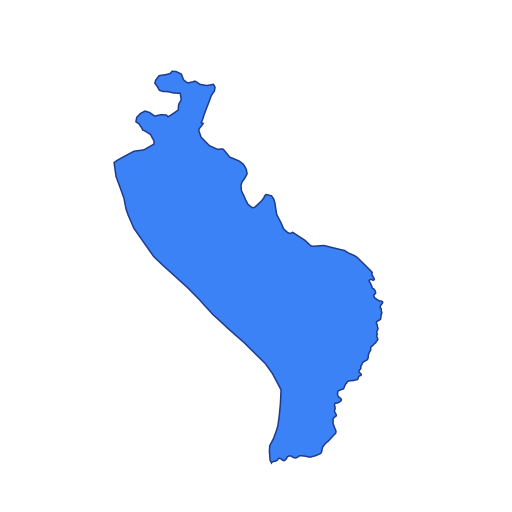 outline of Al Ja'fariyyah, Al Hudaydah, Yemen, rotated 332°
{"feature_id": "15242507B92628059498332", "entity_name": "Al Ja'fariyyah", "entity_type": "district", "adm_level": 2, "iso_a3": "YEM", "parent_name": "Yemen", "parent_adm1": "Al Hudaydah", "projection": "albers", "projection_center": [43.593, 14.518], "detail": "fine", "context": "isolated", "style": "filled", "palette": "blue", "viewbox_px": 512, "rotation_deg": 332, "n_neighbors": 0, "source": "geoboundaries", "source_scale": "gbopen_adm2", "svg_char_len": 6070}
<svg xmlns="http://www.w3.org/2000/svg" viewBox="0 0 512 512"><g transform="rotate(332 256 256)"><path d="M172.5,446.0L173.1,445.6L175.1,445.6L176.8,446.3L178.9,446.3L180.2,445.6L181.3,445.4L182.1,445.8L182.8,446.9L183.6,448.9L184.6,449.9L186.1,449.8L187.2,449.5L188.1,449.0L189.4,448.0L191.0,448.0L192.7,448.8L193.6,450.0L194.4,451.4L195.5,452.5L196.6,453.1L198.6,453.0L200.7,452.9L202.2,453.6L204.4,455.1L206.2,456.4L208.2,458.3L210.1,459.3L212.4,459.7L214.8,460.3L217.4,460.5L219.3,460.7L220.7,460.6L222.2,459.5L223.7,457.6L225.1,456.1L228.0,454.6L231.3,453.6L232.6,453.5L239.6,451.0L243.0,449.9L243.3,449.6L243.8,449.2L244.0,448.9L244.5,447.8L244.8,444.2L245.2,441.8L245.3,440.5L245.6,439.5L246.3,438.6L246.6,438.0L246.7,437.4L247.7,436.1L248.7,435.4L250.3,435.1L251.6,434.9L252.1,434.5L252.3,433.9L252.3,432.8L252.3,431.5L252.3,430.5L252.6,429.5L253.3,428.8L254.2,428.0L254.9,426.3L255.4,424.5L255.7,423.8L256.2,423.4L257.1,423.3L258.8,424.0L259.7,424.1L260.7,424.1L262.0,424.0L262.9,423.8L263.7,423.2L264.0,422.8L264.0,422.2L263.8,421.3L263.5,420.6L263.2,420.0L262.9,419.1L262.7,418.1L262.8,417.4L262.9,416.7L263.7,415.5L264.2,414.6L264.7,414.0L265.2,413.8L266.1,413.7L267.1,413.8L268.3,414.0L270.6,414.4L271.1,414.2L271.9,413.6L272.7,412.9L273.6,412.2L274.4,411.5L275.4,411.0L276.5,410.7L277.1,410.2L277.6,409.8L278.1,409.8L278.8,409.9L279.7,410.0L280.5,410.4L281.6,410.8L282.7,411.4L284.1,411.8L285.3,412.1L286.5,412.4L287.1,412.5L287.6,412.7L288.2,412.5L288.6,412.1L289.1,411.6L289.5,411.2L290.0,410.8L290.6,410.5L291.2,410.5L291.8,410.6L292.6,410.6L293.2,410.4L293.3,410.0L293.3,409.7L293.2,409.1L292.9,408.0L292.6,407.4L292.6,406.7L292.6,406.3L292.9,405.9L293.7,405.4L294.4,405.1L295.4,404.8L296.0,404.1L296.5,403.0L297.0,402.4L297.5,402.1L298.0,401.9L299.3,400.8L300.3,400.2L300.8,400.1L302.1,399.9L304.8,399.9L305.7,399.7L306.4,399.4L307.5,398.1L308.1,397.1L309.0,395.9L310.8,394.3L311.8,393.7L312.5,393.3L313.0,392.9L313.6,392.2L313.9,391.5L314.2,390.8L314.6,390.4L315.6,390.1L316.5,390.0L318.2,389.5L319.6,389.0L320.8,388.8L321.6,388.5L322.0,387.9L322.7,387.6L323.5,387.5L324.1,387.1L324.5,386.7L324.7,385.6L324.7,384.7L324.9,383.7L325.5,382.5L326.3,382.2L326.5,381.5L326.6,380.4L326.9,379.7L327.6,379.1L328.4,378.5L329.1,378.0L329.6,377.5L329.9,376.3L330.0,375.6L330.3,374.9L330.7,373.6L330.7,372.7L330.7,371.8L331.0,371.3L331.6,370.9L332.5,370.6L333.6,370.5L335.3,370.5L336.0,370.4L336.6,370.0L336.9,369.6L338.0,367.9L339.0,366.7L339.5,366.0L339.8,365.7L340.4,365.4L340.6,365.0L340.8,364.0L340.9,363.0L341.2,362.2L341.7,361.7L341.8,361.2L341.8,360.7L341.6,360.3L341.5,359.8L341.8,359.2L342.2,358.6L343.5,357.9L344.6,357.4L345.5,357.0L346.1,356.4L346.2,356.1L346.1,355.6L345.7,355.0L345.3,354.5L344.2,353.9L343.6,353.1L342.9,352.1L342.4,351.4L342.1,350.5L341.8,349.8L341.4,349.2L341.2,348.7L341.1,348.1L341.1,347.6L341.3,347.0L341.6,346.1L341.7,345.7L342.1,345.5L342.7,345.5L343.3,345.3L343.8,345.2L344.2,344.9L344.4,344.5L344.6,344.0L344.8,342.7L344.8,341.9L344.7,340.9L344.5,340.3L344.1,339.8L343.8,339.4L343.7,338.5L343.8,338.0L343.9,337.2L344.1,336.4L344.1,335.7L344.2,334.5L344.2,333.0L344.1,332.3L344.1,331.7L344.3,330.9L344.5,330.6L345.1,330.5L346.0,330.5L346.5,330.7L347.0,330.9L347.4,331.5L347.6,332.0L348.0,332.4L348.6,332.5L349.0,332.4L349.4,332.2L349.7,331.8L349.7,330.8L349.7,329.8L349.7,328.9L349.6,328.2L349.6,327.5L349.8,326.9L349.9,326.2L350.1,325.8L350.8,325.3L350.8,324.6L350.7,324.0L344.8,305.0L343.0,301.7L338.9,296.6L336.8,292.7L333.4,289.8L332.5,289.0L326.9,284.0L320.9,278.6L310.9,274.2L309.1,272.6L309.0,272.4L307.3,267.2L306.7,265.4L300.7,254.5L299.5,252.3L296.8,252.3L294.9,250.1L294.6,249.1L293.8,247.0L293.1,245.0L293.1,244.9L293.3,242.8L293.5,240.9L293.7,238.1L293.7,237.7L293.7,237.0L293.7,230.2L293.7,229.4L294.4,227.2L296.1,222.2L297.4,218.6L297.7,217.6L298.4,213.7L297.9,210.1L296.5,208.8L293.8,206.4L291.5,207.1L291.5,207.7L286.9,209.9L284.4,210.6L277.6,212.4L276.7,212.1L275.5,211.8L274.6,209.8L273.2,206.8L273.2,202.7L273.2,202.0L273.2,201.5L273.5,197.4L273.6,196.2L273.7,192.9L273.8,191.6L273.9,191.3L275.8,186.7L278.0,184.5L278.5,184.0L282.2,182.3L285.1,180.4L286.7,179.3L287.7,176.3L288.1,175.0L288.1,171.5L287.9,169.6L287.8,168.7L287.1,167.2L285.9,164.6L285.3,163.7L281.1,158.5L279.3,156.5L278.9,154.6L278.2,151.1L277.3,146.6L276.3,145.5L272.1,143.8L268.8,139.5L266.7,136.8L263.3,125.4L264.3,118.7L265.5,117.0L270.5,114.8L271.2,114.3L271.6,114.1L270.2,112.7L274.7,108.8L276.1,107.2L290.1,95.0L290.8,94.1L292.9,92.8L293.2,92.6L293.4,92.5L293.5,92.4L296.8,90.8L299.1,87.7L299.0,84.4L295.3,83.3L292.6,82.4L289.6,80.1L287.2,78.2L285.9,75.8L284.2,72.9L282.0,72.6L276.7,71.0L274.7,66.4L275.0,64.2L275.5,60.3L273.8,58.0L272.1,55.7L270.9,54.9L268.7,53.5L265.9,54.6L261.4,53.5L255.2,51.3L254.5,51.6L252.3,52.6L250.1,53.6L247.8,55.9L248.4,59.8L248.5,64.4L251.3,67.2L253.8,68.6L255.3,69.5L255.7,69.8L257.7,71.5L257.9,71.7L259.8,73.4L265.5,76.8L264.7,79.0L264.5,79.6L263.3,82.9L263.3,83.0L258.9,85.8L256.9,88.9L256.0,90.5L254.0,90.8L253.6,90.9L252.6,91.0L251.4,91.2L250.9,91.2L247.5,91.6L246.4,91.7L243.6,91.7L243.0,89.4L239.9,87.5L238.7,86.7L238.4,86.6L232.2,84.9L231.1,82.6L229.4,79.3L228.0,77.9L226.0,75.9L221.1,75.9L220.8,75.9L215.8,77.6L213.1,80.9L213.0,81.1L214.7,84.4L215.3,89.8L215.0,91.5L215.9,92.4L216.0,92.5L217.0,94.1L219.9,99.2L219.9,103.2L219.9,104.5L220.0,106.6L218.3,109.4L217.6,109.4L215.0,109.4L213.8,109.5L210.3,109.5L208.5,109.7L206.4,109.5L206.1,109.4L205.9,109.3L197.4,106.2L193.0,106.2L189.8,106.2L188.9,106.2L179.9,106.3L175.3,106.7L174.6,106.8L171.5,115.2L170.0,119.6L169.8,119.9L169.6,121.1L168.0,132.9L166.6,142.7L164.3,150.2L164.2,150.6L163.5,152.9L163.3,153.6L162.3,160.0L161.2,174.4L162.3,183.3L164.4,200.5L165.4,208.4L167.1,213.6L169.5,220.9L172.1,227.9L180.8,252.1L185.7,268.6L186.7,272.7L187.6,276.4L187.9,277.4L190.4,287.3L195.6,301.9L197.0,306.2L204.8,326.8L213.8,355.7L214.2,358.9L215.3,367.4L215.3,385.9L208.0,398.2L201.1,408.6L195.4,416.4L191.8,420.0L185.6,425.5L179.0,430.0L176.0,435.0L172.6,442.8L172.5,444.5L172.5,446.0Z" fill="#3b82f6" stroke="#1e3a8a" stroke-width="1.5"/></g></svg>